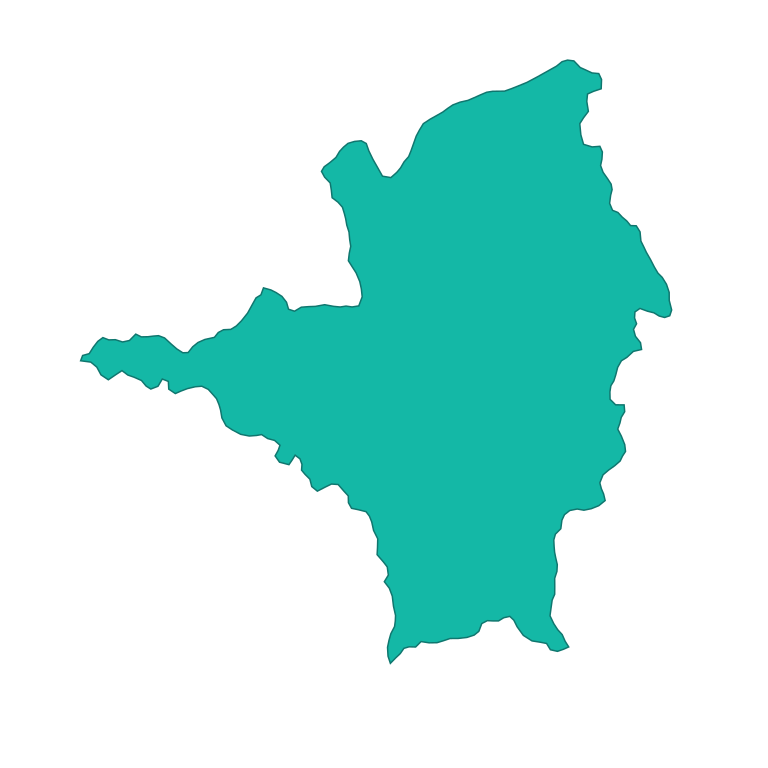 Sete Lagoas, Minas Gerais, Brazil (orthographic projection), rotated 351°
{"feature_id": "56859067B67283599101472", "entity_name": "Sete Lagoas", "entity_type": "district", "adm_level": 2, "iso_a3": "BRA", "parent_name": "Brazil", "parent_adm1": "Minas Gerais", "projection": "orthographic", "projection_center": [-44.272, -19.446], "detail": "fine", "context": "isolated", "style": "filled", "palette": "teal", "viewbox_px": 768, "rotation_deg": 351, "n_neighbors": 0, "source": "geoboundaries", "source_scale": "gbopen_adm2", "svg_char_len": 4099}
<svg xmlns="http://www.w3.org/2000/svg" viewBox="0 0 768 768"><g transform="rotate(351 384 384)"><path d="M423.1,181.2L415.0,178.5L411.7,169.6L408.2,160.3L405.5,151.4L404.1,143.7L399.6,140.2L392.8,139.8L386.1,140.7L381.1,143.7L376.6,147.2L372.0,152.7L365.1,156.9L358.9,160.1L355.5,164.2L357.7,170.4L362.3,177.0L362.3,184.2L361.9,191.9L367.0,197.2L370.6,202.9L371.5,209.4L372.0,214.8L372.1,221.3L373.2,228.5L372.7,235.9L372.7,242.8L370.2,249.3L368.1,256.7L370.6,262.5L373.8,269.8L376.1,279.1L376.5,286.6L376.1,294.5L371.3,302.9L364.5,302.9L358.7,301.1L352.8,301.1L346.3,299.4L337.8,296.4L328.3,296.6L321.8,295.8L314.3,295.2L307.0,298.1L301.4,295.2L300.5,288.0L296.9,281.5L291.7,276.8L287.0,273.4L280.0,270.2L276.4,276.7L271.1,278.9L266.3,285.0L260.4,292.6L253.1,299.3L247.2,303.6L241.2,306.1L234.0,305.3L228.4,307.2L223.8,311.4L214.0,312.0L206.8,313.9L200.9,317.3L195.5,322.3L190.2,321.7L184.9,317.0L180.1,311.3L174.5,304.2L168.9,301.0L163.8,300.6L158.4,300.4L151.7,299.5L146.6,295.9L139.4,301.2L132.4,301.6L125.6,298.2L119.1,297.4L113.6,294.2L108.0,297.1L102.6,302.2L97.6,307.9L90.8,308.7L88.0,313.6L97.8,316.5L103.0,322.4L105.9,330.7L112.4,336.7L120.6,332.8L127.3,329.8L132.4,335.1L138.2,338.2L145.0,342.6L148.7,348.8L152.9,352.5L160.4,350.9L165.8,344.4L171.4,347.7L170.6,355.4L176.4,360.8L182.4,359.2L189.1,357.8L197.2,357.2L203.7,357.7L209.6,361.8L212.9,366.9L216.3,372.3L217.8,378.5L218.5,384.0L218.6,392.2L221.5,400.6L227.1,405.7L234.6,411.3L242.8,414.3L250.0,414.9L255.2,414.8L260.6,419.7L267.1,422.6L271.7,428.2L269.1,433.0L265.2,438.0L268.6,444.9L277.5,448.8L281.2,444.9L285.1,440.4L289.3,444.8L290.4,450.6L289.1,456.2L291.9,460.9L295.9,466.4L296.6,474.0L301.4,479.4L310.2,476.5L316.5,474.6L323.0,476.1L327.6,483.5L331.2,488.9L330.3,495.7L332.5,501.7L339.1,504.2L346.3,507.3L348.9,512.2L350.3,518.3L350.8,527.0L353.6,535.9L352.0,544.5L350.5,551.5L355.6,559.7L358.6,565.2L358.4,573.4L353.4,579.3L357.3,586.5L359.0,594.8L358.6,604.9L359.2,614.4L358.1,619.8L356.5,625.2L351.7,631.7L348.9,637.8L346.3,644.6L345.4,653.5L346.6,660.9L352.5,656.5L357.9,652.8L362.3,648.2L367.6,647.5L374.1,648.7L380.3,644.2L388.1,646.7L395.9,647.8L402.4,646.9L409.5,645.7L417.2,646.9L426.3,647.3L433.8,646.1L439.0,643.1L443.1,635.9L449.0,633.9L454.4,635.0L460.1,635.9L465.7,633.6L471.9,633.2L475.3,637.6L477.5,644.6L482.3,654.1L490.0,660.9L497.7,663.4L504.0,665.7L506.8,672.5L513.5,675.2L519.7,674.1L525.3,672.6L522.7,666.5L520.8,659.4L517.1,653.8L514.2,647.3L511.7,638.9L514.0,631.2L516.3,623.7L519.7,618.4L521.0,610.6L522.2,602.6L525.5,596.1L526.9,589.5L526.4,582.3L526.2,576.8L526.6,571.1L527.3,564.6L529.8,559.1L536.0,554.6L538.4,546.4L541.8,541.3L547.7,538.0L555.2,537.7L561.7,539.9L569.2,539.6L577.1,537.8L584.2,533.7L583.7,527.0L582.3,521.4L581.7,515.4L586.1,508.0L592.3,504.2L599.1,500.8L605.2,497.0L608.3,492.5L612.0,488.4L612.3,481.5L610.3,472.7L607.8,465.1L610.9,459.5L613.1,454.1L617.4,449.0L617.9,442.2L609.5,440.8L604.9,434.5L605.9,427.1L607.8,421.2L611.5,416.9L614.3,411.3L617.4,404.1L622.1,398.2L628.2,395.6L635.4,390.8L643.8,390.2L643.8,383.3L639.8,376.2L639.0,369.0L642.9,364.0L641.8,358.0L643.1,352.1L648.6,349.4L655.6,353.3L661.7,355.9L666.4,359.9L671.6,362.2L676.9,361.3L679.7,355.9L678.8,346.1L680.0,338.1L678.6,329.7L675.5,322.3L671.9,317.3L669.3,310.7L666.8,303.1L663.7,294.9L662.1,289.4L660.1,283.0L660.7,273.8L657.9,267.2L652.3,266.1L649.4,261.1L645.3,256.3L641.9,251.2L636.9,248.2L635.1,240.8L637.4,233.0L639.7,227.7L639.6,222.1L636.9,216.1L633.5,209.2L632.1,202.1L634.4,196.1L636.0,189.0L634.4,183.0L626.7,182.4L618.6,178.5L617.4,168.7L618.1,157.5L622.6,152.4L628.5,146.7L628.5,136.6L630.4,129.4L636.8,127.7L644.7,126.4L646.5,117.3L644.7,111.0L638.1,109.3L631.9,105.1L627.3,102.1L622.1,94.6L615.9,92.8L610.3,93.5L604.0,97.1L583.9,104.5L572.3,108.5L556.3,112.2L548.8,113.6L537.2,111.9L531.0,111.9L524.2,113.6L517.9,115.3L511.3,117.0L503.4,117.5L495.7,119.1L490.1,121.7L484.6,124.6L478.5,126.9L470.9,129.7L463.6,133.0L458.6,138.9L454.6,144.2L450.7,151.4L447.1,158.0L443.9,163.3L438.6,167.7L434.2,173.1L429.7,177.0L423.1,181.2Z" fill="#14b8a6" stroke="#0f766e" stroke-width="1.5"/></g></svg>